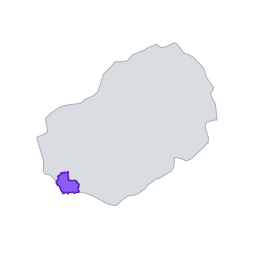 location of Delchevo, Delčevo, North Macedonia, rotated 159°
{"feature_id": "65306769B90097726978799", "entity_name": "Delchevo", "entity_type": "district", "adm_level": 2, "iso_a3": "MKD", "parent_name": "North Macedonia", "parent_adm1": "Delčevo", "projection": "robinson", "projection_center": [22.782, 41.938], "detail": "fine", "context": "in_parent", "style": "filled", "palette": "violet", "viewbox_px": 256, "rotation_deg": 159, "n_neighbors": 0, "source": "geoboundaries", "source_scale": "gbopen_adm2", "svg_char_len": 2874}
<svg xmlns="http://www.w3.org/2000/svg" viewBox="0 0 256 256"><g transform="rotate(159 128 128)"><path d="M116.2,69.8L120.3,70.3L129.2,67.9L134.8,64.7L137.6,64.3L141.4,63.0L146.8,63.2L152.3,64.6L159.2,62.8L166.1,59.8L168.8,60.5L171.8,63.1L173.7,63.8L185.1,77.2L191.3,82.7L198.6,86.8L207.0,89.8L210.0,92.7L215.3,107.1L217.9,112.5L221.4,114.1L222.3,115.7L222.5,117.8L218.5,127.9L216.9,150.4L215.9,152.2L211.7,152.1L206.1,152.6L204.0,154.4L201.7,166.5L192.7,170.0L184.6,171.9L177.7,171.5L165.7,168.6L161.7,168.3L158.3,169.9L147.6,170.8L142.8,172.9L131.6,187.1L120.4,192.0L116.5,194.5L107.9,191.4L103.8,191.1L97.8,194.7L84.7,195.0L81.2,195.7L71.1,196.2L70.7,194.3L68.9,191.4L64.2,190.1L54.6,191.2L52.3,189.1L48.5,177.1L45.4,175.1L42.0,171.1L36.3,158.0L36.2,152.2L36.7,147.2L33.5,135.5L35.6,132.5L38.6,130.6L38.7,125.9L37.9,118.7L41.6,104.6L42.6,103.6L43.5,104.3L52.0,105.4L54.3,103.6L55.7,100.8L56.3,90.5L58.3,85.7L79.2,76.7L85.2,76.3L89.9,80.5L93.6,83.2L95.8,83.1L96.6,80.4L99.2,75.2L103.5,72.3L116.1,69.8L116.2,69.8Z" fill="#d9dde1" stroke="#a8b0b8" stroke-width="1"/><path d="M206.4,110.0L206.1,109.4L206.5,108.9L207.0,109.2L207.8,109.1L208.1,108.6L210.4,108.2L209.9,107.8L210.5,107.6L211.3,106.5L211.1,105.1L211.8,105.0L212.1,104.6L212.9,104.5L213.7,104.0L214.1,103.3L214.8,103.2L214.7,103.2L214.7,102.5L214.6,102.2L214.5,101.7L214.4,101.7L214.4,101.4L214.5,101.1L214.5,100.8L214.4,100.7L214.3,100.4L214.3,100.0L214.2,99.9L214.2,99.7L214.0,99.4L213.5,99.3L213.3,99.1L213.2,98.9L212.9,98.1L212.9,97.6L212.9,97.1L212.8,96.5L212.7,96.3L212.8,95.9L212.9,95.5L212.9,95.1L213.0,94.7L212.9,94.4L212.8,94.2L212.8,93.6L212.8,93.0L212.8,92.7L212.7,92.4L212.4,92.2L212.0,92.0L212.0,91.9L212.2,91.4L212.3,91.1L212.3,90.8L212.3,90.3L212.2,90.2L211.5,89.9L211.1,89.9L210.5,90.0L210.2,90.1L209.9,90.2L209.7,90.3L209.3,90.2L209.2,90.2L209.0,89.9L208.8,89.8L208.7,89.7L208.2,89.4L207.8,88.8L207.6,88.4L207.3,88.1L207.1,88.3L206.7,88.7L206.4,88.8L205.9,88.8L205.5,88.7L205.1,88.5L204.5,88.3L204.3,88.3L204.1,88.2L203.9,88.2L203.7,88.0L203.4,87.9L203.3,88.0L203.0,88.1L202.9,88.1L202.5,87.9L202.3,87.8L202.2,87.5L202.1,87.2L201.8,86.9L201.7,86.8L201.3,86.5L201.2,86.4L201.2,86.2L200.8,86.1L200.2,86.2L199.6,86.4L199.3,86.4L198.6,86.4L198.4,86.4L198.2,86.3L198.0,86.2L197.9,86.0L197.8,85.9L197.6,85.8L197.2,85.6L196.4,86.4L196.5,90.1L195.2,90.4L194.7,91.2L194.5,92.2L193.9,92.7L193.9,93.2L194.5,94.1L194.8,94.1L194.8,94.4L195.8,95.3L195.7,95.6L195.1,95.7L194.8,96.1L195.8,97.8L197.0,98.6L197.7,98.4L198.8,98.7L199.1,98.6L199.9,99.0L200.4,99.8L201.3,99.9L202.2,100.4L202.5,100.9L201.7,101.9L201.7,102.4L201.5,102.6L201.7,103.1L201.1,103.6L201.3,104.2L200.8,106.1L200.0,106.7L200.0,107.3L199.7,107.7L199.7,108.7L200.4,108.6L200.9,108.3L203.1,109.3L203.6,109.0L203.6,108.7L203.8,108.6L204.2,109.5L204.9,109.5L205.6,110.0L206.4,110.0Z" fill="#8b5cf6" stroke="#5b21b6" stroke-width="1.5"/></g></svg>